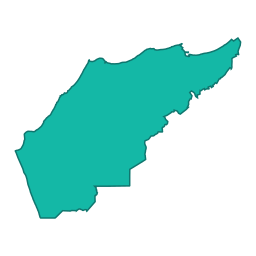 the district of Manta, Manabi, Ecuador
{"feature_id": "8360857B72136829689010", "entity_name": "Manta", "entity_type": "district", "adm_level": 2, "iso_a3": "ECU", "parent_name": "Ecuador", "parent_adm1": "Manabi", "projection": "mercator", "projection_center": [-80.772, -1.033], "detail": "fine", "context": "isolated", "style": "filled", "palette": "teal", "viewbox_px": 256, "rotation_deg": 0, "n_neighbors": 0, "source": "geoboundaries", "source_scale": "gbopen_adm2", "svg_char_len": 5539}
<svg xmlns="http://www.w3.org/2000/svg" viewBox="0 0 256 256"><path d="M229.9,67.7L231.1,68.3L231.2,69.0L231.5,68.7L231.9,67.1L231.8,65.3L232.0,61.5L231.9,58.5L233.1,57.6L236.3,56.1L235.7,54.7L238.1,53.9L238.2,54.6L238.6,54.5L238.3,52.9L238.1,52.0L238.1,51.3L238.8,48.9L239.3,47.7L240.2,45.3L240.6,42.0L237.9,38.0L233.6,41.0L231.5,39.4L229.6,41.3L227.4,43.2L225.8,44.4L224.3,45.1L223.8,45.6L223.0,46.2L217.2,49.6L214.3,50.9L209.7,52.4L206.5,53.1L204.6,53.3L203.1,53.6L202.1,54.0L201.1,54.1L199.7,54.7L198.9,54.9L196.5,55.2L194.9,55.2L194.2,55.1L193.5,55.2L192.0,54.9L191.6,54.8L189.7,54.4L189.3,54.5L189.2,54.6L189.2,55.0L189.3,55.2L189.5,55.0L189.6,55.3L189.4,56.0L189.3,55.9L189.3,55.4L189.1,55.4L189.1,55.6L189.0,55.1L188.9,55.1L188.5,56.4L188.3,56.5L188.2,56.3L186.6,56.1L185.9,55.8L185.4,55.4L185.3,55.1L185.0,53.0L184.8,52.3L185.0,52.2L188.1,52.7L188.3,52.5L188.3,52.1L187.9,52.1L187.6,52.2L184.6,51.9L184.2,51.1L183.5,50.2L182.0,49.1L182.8,47.7L180.5,45.9L182.0,43.9L181.6,43.7L180.6,44.3L179.3,44.7L178.9,45.2L178.3,45.1L177.6,45.1L175.6,45.5L174.3,45.9L173.8,46.3L172.7,46.6L171.7,46.7L171.2,47.2L170.7,47.5L169.6,47.8L168.7,48.2L167.7,48.4L165.5,49.1L162.6,49.5L160.5,49.6L158.8,49.9L156.9,50.1L156.5,50.1L156.1,49.9L155.0,49.8L154.4,49.3L154.2,48.9L153.8,48.6L151.5,48.8L151.1,48.8L150.7,48.5L150.3,48.5L149.2,48.7L148.8,48.9L148.2,49.1L147.0,49.2L146.1,49.9L144.9,50.5L143.7,51.5L143.2,52.0L142.5,52.4L142.0,52.9L140.9,53.7L140.4,54.2L140.1,54.4L139.1,55.1L137.9,55.6L136.4,56.7L135.3,57.8L133.7,58.7L133.2,58.8L132.0,59.7L126.0,62.2L123.6,62.3L122.3,62.4L120.9,62.8L120.1,63.2L119.3,63.4L118.8,63.6L114.5,63.9L112.6,63.8L111.7,63.9L111.1,63.8L110.1,63.4L107.5,62.9L106.5,62.3L106.3,61.9L105.8,61.7L105.3,62.7L104.4,63.4L105.2,62.5L105.7,61.6L104.7,61.0L104.2,60.4L103.8,59.7L103.2,59.0L102.2,58.4L99.8,58.2L98.6,58.6L97.7,59.0L96.6,59.5L94.7,60.9L93.5,61.3L92.8,61.5L92.2,61.6L89.5,61.2L89.2,60.9L89.3,60.2L89.2,60.0L88.8,60.3L88.5,61.1L88.3,62.7L88.0,62.9L87.5,63.9L86.4,65.5L85.7,67.0L85.2,67.6L84.6,68.7L83.7,70.0L83.5,70.7L83.1,71.3L82.5,72.7L81.6,74.3L80.8,75.6L80.6,76.1L79.4,78.2L77.5,81.1L75.3,83.8L73.9,85.3L72.7,86.2L71.6,86.9L71.4,87.1L70.8,88.3L69.8,89.2L69.4,89.8L68.7,90.4L67.8,90.8L67.6,92.0L67.0,92.7L66.4,93.1L65.7,93.4L65.1,93.0L64.8,92.9L64.4,93.0L64.0,93.7L63.5,94.4L63.1,94.6L61.9,94.7L61.7,94.9L61.5,95.5L60.8,95.7L60.4,95.9L60.6,96.1L60.3,96.3L60.3,96.7L59.6,97.5L59.2,98.9L58.1,101.1L57.9,101.7L57.4,102.1L56.8,102.4L56.6,103.4L56.0,104.5L55.7,104.7L55.6,105.3L55.4,105.9L55.1,106.3L54.9,107.0L54.1,108.4L53.7,109.4L53.1,109.9L52.8,110.7L52.0,111.9L50.8,114.3L50.2,115.1L49.1,115.9L48.6,116.1L47.2,117.6L46.7,117.8L45.0,120.0L44.6,120.3L44.3,120.5L43.6,121.8L43.7,122.5L41.8,125.7L41.3,126.4L38.9,128.5L37.9,129.3L36.5,130.0L35.6,130.7L35.0,131.3L34.4,131.6L33.6,131.7L32.5,131.6L31.6,131.4L30.1,131.4L28.9,131.3L28.2,131.3L27.5,131.4L26.0,132.3L25.3,133.0L24.6,133.7L24.4,134.0L24.3,134.4L24.7,138.3L24.7,139.6L24.2,140.6L23.6,143.6L23.0,145.2L21.1,148.5L20.8,148.8L19.6,149.5L19.0,149.7L18.2,150.2L17.2,150.2L15.4,150.8L15.4,151.2L15.6,151.7L16.1,152.5L16.4,153.4L18.0,157.7L22.8,168.6L23.3,170.2L23.9,172.5L25.7,175.3L26.2,176.7L26.9,179.0L27.6,182.5L28.0,184.5L29.5,188.7L30.2,190.9L30.4,192.0L30.9,193.2L31.5,194.9L32.4,197.0L33.3,199.7L33.9,200.8L34.2,201.8L34.9,203.2L35.1,203.9L35.9,205.3L36.7,207.5L37.3,208.6L37.7,209.9L38.3,211.1L38.9,212.9L39.2,214.2L39.9,216.6L40.2,217.5L40.7,218.0L55.0,218.0L55.7,217.5L62.6,210.7L70.3,211.0L71.7,210.5L76.0,210.6L76.5,210.4L76.5,210.8L77.0,210.4L78.5,209.2L79.2,209.1L79.8,208.9L80.1,209.0L80.9,209.5L81.9,209.7L82.5,210.3L83.2,210.4L85.0,209.6L86.3,209.7L86.5,209.9L86.6,210.9L86.8,211.2L95.1,201.7L94.9,195.9L95.0,195.8L95.5,195.7L95.6,195.1L96.4,194.9L96.8,194.5L97.3,192.8L97.0,192.7L96.8,192.4L96.9,191.7L96.6,191.2L96.7,190.1L96.6,189.9L96.3,190.0L96.1,189.0L96.1,187.7L95.5,187.2L94.6,186.2L107.1,186.2L129.5,185.9L129.7,185.7L129.7,176.0L129.8,169.3L143.0,161.2L145.6,159.5L145.5,157.8L145.3,157.3L145.3,155.8L145.1,155.4L144.9,154.1L145.4,151.7L145.5,150.5L146.0,148.8L146.1,147.7L146.0,146.8L144.8,144.1L144.7,142.3L145.0,140.8L148.4,139.4L149.1,138.7L149.8,137.7L151.1,136.0L152.2,135.9L152.9,136.0L153.7,135.7L154.3,135.4L155.3,134.4L156.4,134.0L157.5,133.3L157.7,133.1L157.7,132.7L158.1,132.0L158.2,131.9L161.4,131.9L162.1,132.0L162.4,131.8L162.5,131.7L162.3,129.6L162.4,129.1L162.1,128.4L162.4,127.5L162.6,127.3L163.7,126.9L164.1,126.5L164.5,126.0L164.8,124.8L165.0,124.6L165.4,124.5L165.9,124.5L166.2,124.7L166.5,124.6L167.3,123.8L167.5,123.3L167.6,122.2L167.8,121.9L167.7,121.4L167.1,120.9L166.7,120.4L165.7,119.5L165.4,118.9L165.2,118.1L164.5,117.0L163.9,116.6L167.2,115.2L171.0,112.7L171.8,111.8L173.5,111.9L174.1,111.6L174.2,110.1L175.0,110.5L176.0,110.6L177.1,111.0L178.0,112.2L178.5,113.1L178.7,113.3L179.4,113.7L180.3,114.1L186.2,109.5L188.3,107.3L187.4,107.1L188.1,105.8L188.7,104.2L188.6,103.6L188.6,102.5L188.5,101.9L188.7,101.4L190.1,99.0L190.9,98.8L191.1,98.9L192.0,95.8L189.7,92.5L191.4,91.0L192.9,91.8L194.0,92.6L194.7,93.6L195.4,95.7L195.7,96.3L196.3,96.9L197.5,97.7L197.2,95.0L198.8,94.6L200.1,93.9L199.7,92.9L200.0,92.3L200.0,91.4L200.2,90.8L200.2,90.5L200.7,90.7L201.2,90.6L202.3,89.7L202.6,89.4L204.3,88.6L204.7,89.8L207.8,88.3L208.1,89.0L209.0,88.7L208.3,87.0L210.8,86.1L211.4,87.5L213.2,86.4L212.7,85.3L213.7,84.8L215.3,82.8L216.7,83.4L219.2,78.9L219.9,78.9L220.3,78.6L220.5,78.6L220.8,77.9L220.7,77.7L221.9,77.3L225.0,74.6L225.4,73.9L226.7,71.8L229.9,67.7Z" fill="#14b8a6" stroke="#0f766e" stroke-width="1.5"/></svg>